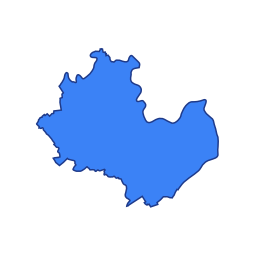 the district of Yen Phong, Bắc Ninh, Vietnam, rotated 50°
{"feature_id": "81297802B41688796411548", "entity_name": "Yen Phong", "entity_type": "district", "adm_level": 2, "iso_a3": "VNM", "parent_name": "Vietnam", "parent_adm1": "Bắc Ninh", "projection": "natural_earth1", "projection_center": [105.961, 21.21], "detail": "fine", "context": "isolated", "style": "filled", "palette": "blue", "viewbox_px": 256, "rotation_deg": 50, "n_neighbors": 0, "source": "geoboundaries", "source_scale": "gbopen_adm2", "svg_char_len": 5788}
<svg xmlns="http://www.w3.org/2000/svg" viewBox="0 0 256 256"><g transform="rotate(50 128 128)"><path d="M207.5,129.4L207.0,128.1L205.8,123.0L205.4,120.2L205.4,118.7L205.5,113.4L206.0,106.7L206.1,101.7L205.9,99.9L205.1,97.2L204.2,94.6L203.9,91.1L203.9,90.3L204.4,87.6L206.2,83.1L207.2,80.2L207.3,79.1L207.3,78.2L207.1,77.6L206.9,77.0L206.3,76.3L202.3,73.2L200.2,71.1L196.1,67.4L192.8,65.0L189.9,64.0L184.9,61.4L180.6,59.6L177.3,57.9L175.4,57.5L171.1,58.2L167.8,58.7L166.2,58.7L163.4,58.3L162.0,57.4L161.3,56.4L159.2,52.8L158.5,51.8L158.1,51.3L157.0,50.5L156.6,50.5L156.1,50.7L155.7,51.0L155.3,51.4L153.8,55.1L152.3,57.9L150.6,60.3L148.6,62.8L148.2,64.0L147.9,65.0L147.9,67.4L148.1,69.4L148.8,72.2L149.8,74.6L151.5,78.1L152.9,80.0L153.6,81.5L153.9,82.9L154.2,84.4L154.3,85.9L154.1,88.4L153.6,89.7L153.2,90.4L152.5,91.2L150.9,92.0L148.3,93.2L144.9,94.5L143.0,95.5L141.8,96.8L141.2,97.4L140.7,98.1L140.1,99.4L139.4,101.5L138.7,105.5L137.9,107.7L137.2,108.6L136.5,109.1L135.5,109.6L133.3,109.5L129.3,108.4L126.5,107.1L125.1,106.2L124.1,104.8L123.8,103.9L123.3,102.2L122.9,101.0L122.4,100.3L121.9,99.8L121.2,99.3L119.7,99.0L117.1,99.0L116.5,99.2L115.8,100.0L114.6,102.7L113.7,103.7L113.3,103.9L113.0,103.9L112.3,103.7L111.8,103.4L111.5,102.9L110.9,101.7L109.1,95.5L108.2,94.2L107.0,93.1L106.0,92.6L105.1,92.4L104.0,92.3L103.0,92.4L101.6,92.9L98.6,94.7L96.2,95.5L95.3,95.7L93.7,95.4L92.5,94.8L91.1,93.6L89.1,91.3L87.4,90.0L86.8,88.9L86.4,88.2L86.2,87.7L86.1,86.6L86.3,85.5L86.9,84.1L88.9,80.6L88.5,80.3L87.9,79.4L87.2,78.6L86.8,78.2L85.7,77.6L83.8,77.6L75.6,78.4L74.8,78.7L74.4,79.3L74.4,80.5L75.0,82.1L76.1,83.8L76.6,84.6L76.6,85.8L76.2,86.8L75.2,87.9L73.2,89.4L70.7,90.9L68.7,93.1L68.4,93.6L68.4,96.4L67.5,97.1L66.8,97.8L66.5,98.1L65.7,98.1L64.3,97.8L63.7,97.6L62.7,96.8L62.2,96.6L59.3,96.5L58.4,98.3L57.2,97.0L56.9,97.5L55.7,96.8L55.0,96.7L54.8,97.6L53.8,98.3L51.1,96.8L50.4,97.3L50.6,97.6L49.6,98.4L50.1,99.0L50.4,99.5L50.5,99.9L50.9,100.8L48.2,103.7L48.1,104.6L47.5,105.9L47.3,107.8L47.6,109.4L48.4,110.4L49.4,110.7L50.8,110.1L53.5,107.3L54.4,107.0L55.0,107.2L55.9,108.2L56.5,109.7L56.8,111.2L57.3,112.3L58.2,113.7L59.6,115.2L60.4,116.6L61.2,118.8L62.0,122.2L62.1,126.5L61.9,129.8L61.4,130.8L60.5,131.1L59.1,131.0L56.9,131.1L55.4,131.7L55.0,132.3L54.9,133.0L55.3,133.9L56.3,135.5L56.7,135.9L57.2,136.4L59.2,137.7L59.6,138.2L59.7,138.4L59.6,138.8L59.2,139.2L58.7,139.5L58.0,139.8L57.6,140.1L57.0,140.9L56.6,141.1L56.2,141.3L54.5,141.6L52.4,141.5L51.0,141.1L49.1,140.0L48.3,139.4L47.6,139.0L47.1,139.0L46.2,139.3L46.0,139.7L46.0,140.5L46.4,141.7L47.3,143.0L48.2,144.1L48.8,144.9L49.5,146.3L50.6,149.2L50.9,150.6L51.6,152.7L51.7,153.9L59.5,154.9L59.6,156.7L59.7,156.9L62.3,158.7L62.4,158.8L61.6,160.9L61.8,161.2L62.1,161.3L62.5,161.6L64.6,163.6L66.1,164.5L71.4,167.6L67.3,173.8L67.8,174.3L68.8,175.3L69.0,175.7L68.2,176.8L68.1,177.2L68.2,177.8L68.5,180.4L65.2,180.8L65.1,183.5L63.9,183.5L63.9,183.9L63.9,186.1L64.1,186.6L64.5,187.0L64.1,187.5L63.9,187.8L63.9,188.4L63.7,189.0L63.7,189.3L64.1,190.0L64.3,191.3L64.5,191.6L64.8,191.8L65.1,192.2L65.4,193.0L65.8,194.3L66.1,195.3L66.3,195.4L66.6,195.5L67.8,195.3L68.3,195.4L68.6,195.3L69.1,195.2L69.7,195.1L70.4,195.8L70.7,196.2L71.1,195.7L72.1,195.2L72.3,195.0L72.5,194.7L72.6,193.9L72.8,193.4L73.1,193.2L74.0,193.3L74.3,193.4L74.5,193.6L74.7,193.9L75.1,194.0L78.6,193.9L79.8,194.2L80.4,194.2L80.7,194.0L82.6,193.6L84.4,193.6L87.7,193.6L88.6,193.8L89.4,193.9L91.1,193.9L92.1,194.0L92.8,194.2L92.9,194.3L92.9,194.5L92.9,195.2L93.0,195.4L94.6,195.1L95.3,195.2L95.9,195.2L96.7,195.1L97.1,194.9L97.6,194.4L98.3,193.9L98.9,193.9L99.3,194.2L99.8,194.9L100.4,196.3L100.8,196.9L101.3,197.1L101.8,197.1L102.7,196.8L103.3,196.8L105.1,197.8L105.6,198.1L106.4,198.8L106.0,199.5L105.8,200.3L105.7,200.7L105.0,201.1L104.6,202.1L103.8,203.0L103.1,204.7L103.9,204.8L105.8,205.0L108.0,205.5L112.7,204.6L112.8,199.5L112.3,194.0L113.4,193.9L114.1,193.4L116.1,192.0L117.9,190.6L118.4,190.3L118.8,190.1L119.3,190.2L120.0,190.5L120.8,191.3L121.3,191.5L122.5,191.6L122.8,191.7L123.0,193.3L123.2,194.2L123.5,195.0L124.2,196.5L124.5,196.8L124.9,196.8L125.4,196.7L125.7,196.5L127.0,195.9L128.1,195.1L129.3,193.6L130.4,192.3L130.7,191.7L131.0,190.7L131.2,189.2L131.4,187.6L131.3,184.8L131.3,184.5L131.4,184.3L131.7,184.2L132.3,184.2L133.2,184.1L133.8,183.8L134.1,183.8L135.3,184.1L135.6,184.0L136.2,183.3L137.1,182.0L137.7,181.4L138.6,180.7L139.4,180.7L140.0,180.9L140.5,180.5L140.6,179.9L140.6,178.7L140.7,178.3L140.9,178.0L142.2,177.5L142.5,177.3L142.7,177.1L143.0,176.5L143.9,174.1L144.2,173.4L144.4,172.9L144.6,172.6L145.0,172.5L145.4,172.7L145.6,173.0L145.7,173.7L145.8,174.0L146.0,174.3L146.9,174.6L147.2,174.7L147.8,175.9L148.2,176.2L148.5,176.3L148.8,176.2L149.0,175.9L149.1,175.2L149.2,174.9L149.4,174.7L150.6,174.5L151.1,174.3L152.0,174.5L152.5,174.4L153.2,174.0L154.2,173.0L155.0,171.9L155.6,171.2L155.8,170.6L155.9,169.9L156.3,169.5L157.0,169.4L157.8,169.5L158.3,169.4L158.8,169.2L159.1,168.9L159.5,167.6L159.7,167.4L160.1,167.3L160.4,167.7L160.7,167.7L161.2,167.4L161.4,167.2L161.6,166.9L161.9,166.8L162.3,166.3L162.5,166.1L163.0,166.2L163.3,166.2L163.9,166.5L164.8,166.8L165.3,166.8L165.6,166.9L166.2,167.2L167.0,167.3L167.8,167.4L169.1,167.2L169.6,166.8L170.0,166.6L170.9,166.5L171.9,166.9L173.5,168.0L175.8,170.9L177.1,172.8L178.1,173.6L179.0,174.0L180.8,174.0L182.7,173.3L184.3,173.0L184.8,173.1L185.0,173.4L185.1,174.6L185.4,176.2L186.0,177.6L186.6,178.6L187.1,179.2L187.7,177.8L187.6,176.5L189.5,161.0L195.9,161.9L195.7,163.5L197.1,163.6L198.8,163.2L199.0,162.1L199.6,162.2L199.9,160.8L203.0,161.3L205.7,154.3L203.8,153.7L203.9,149.4L203.4,145.1L204.5,143.8L205.9,142.1L207.5,141.1L208.2,140.8L210.0,138.9L209.4,137.6L209.3,136.7L209.1,135.9L207.9,133.6L207.5,132.7L206.5,129.9L207.5,129.4Z" fill="#3b82f6" stroke="#1e3a8a" stroke-width="1.5"/></g></svg>